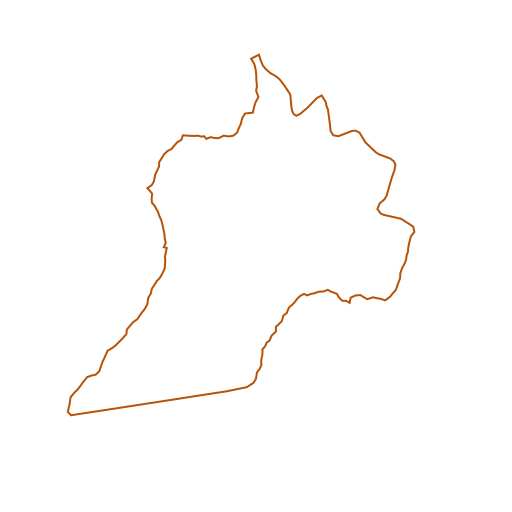 outline of Mortugaba, Bahia, Brazil, rotated 193°
{"feature_id": "56859067B4294097678896", "entity_name": "Mortugaba", "entity_type": "district", "adm_level": 2, "iso_a3": "BRA", "parent_name": "Brazil", "parent_adm1": "Bahia", "projection": "equal_earth", "projection_center": [-42.316, -14.969], "detail": "fine", "context": "isolated", "style": "outline", "palette": "amber", "viewbox_px": 512, "rotation_deg": 193, "n_neighbors": 0, "source": "geoboundaries", "source_scale": "gbopen_adm2", "svg_char_len": 2652}
<svg xmlns="http://www.w3.org/2000/svg" viewBox="0 0 512 512"><g transform="rotate(193 256 256)"><path d="M404.4,61.9L400.5,59.2L340.7,83.0L274.9,109.3L254.3,117.5L235.5,126.1L232.3,129.4L229.9,131.8L228.4,136.6L228.9,142.6L227.0,146.9L226.3,150.8L227.5,155.7L227.6,161.4L228.7,166.6L226.9,169.9L226.0,174.2L223.8,176.6L222.9,181.9L219.6,186.9L220.7,191.6L218.6,194.5L216.1,198.6L216.0,204.0L213.2,207.4L212.4,212.9L208.3,218.9L206.3,223.5L204.0,227.0L200.7,229.9L197.3,229.1L194.0,231.4L190.3,233.0L187.2,235.2L182.5,236.5L178.4,239.2L175.2,238.2L171.5,237.7L168.6,237.3L166.4,234.8L162.1,231.8L157.8,232.6L154.3,231.4L154.4,236.7L150.0,240.0L145.4,241.4L141.8,240.2L137.9,238.9L132.6,242.1L128.9,242.1L124.9,242.3L120.1,241.9L116.3,246.3L114.4,250.2L112.1,254.5L111.3,261.8L110.6,266.8L111.5,271.7L110.9,277.1L109.5,282.0L108.9,285.9L109.4,290.5L108.9,294.1L109.5,298.2L109.7,303.9L109.5,310.0L107.1,315.1L109.4,320.0L123.0,324.9L141.1,324.8L144.0,325.4L148.3,329.1L147.4,334.9L143.5,340.3L142.3,344.3L141.4,361.7L140.4,371.0L140.6,376.1L142.9,379.2L146.8,381.1L159.2,382.8L162.6,384.0L174.9,391.3L182.9,399.5L187.3,400.5L190.5,399.5L202.6,391.3L207.9,391.0L211.5,394.7L213.5,400.8L218.9,415.0L220.9,417.7L222.6,421.6L228.1,427.2L232.3,423.5L239.3,411.9L245.2,404.1L248.4,401.7L251.5,403.0L253.5,405.7L255.0,409.0L258.9,421.0L266.7,428.5L272.4,433.2L276.7,435.5L283.0,437.4L286.4,439.2L289.4,440.9L292.3,443.3L295.3,447.5L298.5,452.8L305.1,447.1L300.7,442.5L298.2,437.4L296.5,432.6L295.2,427.4L293.3,421.8L293.0,416.9L289.4,411.5L291.0,405.7L291.4,400.4L291.3,395.0L294.9,393.7L298.8,392.3L300.4,387.1L300.6,380.9L301.6,376.1L302.2,371.8L305.1,368.2L309.3,366.4L314.4,366.0L319.2,362.3L322.9,361.7L327.1,361.5L330.7,359.0L333.5,361.0L336.2,360.0L339.5,360.2L343.6,359.0L347.1,358.3L350.7,357.7L354.4,357.1L354.8,352.6L358.4,349.0L360.9,344.3L362.5,341.1L365.7,338.5L368.5,334.4L369.9,330.0L371.5,325.7L370.6,321.5L371.6,316.7L372.5,312.9L372.3,305.6L373.6,301.5L377.1,297.7L374.5,295.9L371.2,293.4L370.6,288.4L369.4,284.5L366.4,282.4L361.4,276.9L359.3,273.4L356.4,269.7L353.8,264.7L352.2,261.1L350.6,257.8L348.8,252.5L346.9,248.5L347.8,243.9L344.8,243.7L344.6,239.2L344.6,234.9L343.3,230.9L342.7,227.2L342.2,222.9L343.3,217.9L344.9,212.7L347.0,209.4L348.5,204.9L350.1,200.7L350.1,195.6L351.6,191.0L351.0,184.4L352.7,178.8L354.8,174.6L357.5,167.6L360.7,164.1L365.3,155.4L364.7,150.7L368.7,143.6L372.9,137.0L375.6,133.8L379.3,130.4L380.7,122.9L381.8,118.0L382.2,114.2L382.8,108.4L385.6,104.2L388.5,103.0L393.2,100.1L396.2,94.0L398.1,89.4L399.8,85.7L401.9,82.6L404.9,76.8L404.3,69.2L404.4,61.9Z" fill="none" stroke="#b45309" stroke-width="2"/></g></svg>